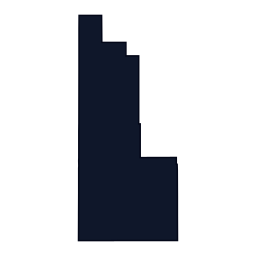 Hidalgo, New Mexico, United States of America
{"feature_id": "52423323B51310319192871", "entity_name": "Hidalgo", "entity_type": "district", "adm_level": 2, "iso_a3": "USA", "parent_name": "United States of America", "parent_adm1": "New Mexico", "projection": "equal_earth", "projection_center": [-108.78, 32.055], "detail": "fine", "context": "isolated", "style": "filled", "palette": "ink", "viewbox_px": 256, "rotation_deg": 0, "n_neighbors": 0, "source": "geoboundaries", "source_scale": "gbopen_adm2", "svg_char_len": 612}
<svg xmlns="http://www.w3.org/2000/svg" viewBox="0 0 256 256"><path d="M79.0,69.9L78.9,122.4L78.9,123.2L78.8,131.9L78.8,134.2L78.8,156.5L78.8,158.0L78.7,160.7L78.8,165.9L78.7,168.1L78.7,193.1L78.6,214.5L78.6,217.5L78.5,240.6L100.8,240.6L101.9,240.6L109.3,240.6L118.8,240.5L146.1,240.5L177.5,240.5L177.4,214.4L177.4,196.7L177.3,170.1L177.1,164.3L176.3,164.3L176.3,157.5L140.2,157.6L140.2,123.9L138.7,123.9L138.7,94.2L138.7,55.9L125.9,55.9L125.9,42.4L115.2,42.4L101.8,42.4L101.6,15.4L79.1,15.4L79.0,28.5L79.0,29.0L79.0,29.6L79.0,30.3L79.0,35.7L79.0,69.9Z" fill="#0f172a" stroke="#020617" stroke-width="1.5"/></svg>